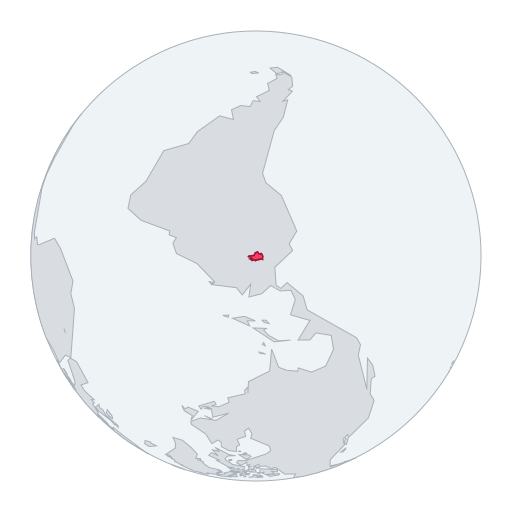 Guaviare on an orthographic globe, rotated 189°
{"feature_id": "COL-1423", "entity_name": "Guaviare", "entity_type": "Commissiary", "adm_level": 1, "iso_a3": "COL", "parent_name": "Colombia", "parent_adm1": "", "projection": "orthographic", "projection_center": [-71.908, 1.785], "detail": "fine", "context": "on_globe", "style": "filled", "palette": "rose", "viewbox_px": 512, "rotation_deg": 189, "n_neighbors": 0, "source": "natural_earth", "source_scale": "10m", "svg_char_len": 9683}
<svg xmlns="http://www.w3.org/2000/svg" viewBox="0 0 512 512"><g transform="rotate(189 256 256)"><circle cx="256" cy="256" r="225" fill="#eef3f6" stroke="#a8b0b8"/><path d="M125.6,72.3L135.5,66.2L140.1,63.5L138.9,63.7L143.3,61.0L145.1,59.9L151.2,56.6L156.4,54.1L160.1,52.3L159.0,52.7L160.1,52.1L164.1,50.3L164.8,50.1L172.6,46.7L173.6,46.3L184.3,42.9L182.7,47.0L193.4,45.1L203.9,50.3L207.5,48.3L213.7,50.1L220.2,48.7L220.3,50.8L225.4,48.0L224.1,46.5L225.9,44.9L229.6,44.2L230.4,46.4L228.6,47.1L230.8,47.4L229.6,49.0L232.3,47.8L232.8,51.0L237.8,46.9L242.7,48.8L241.6,51.3L234.5,52.1L214.4,62.4L211.0,66.4L213.4,70.5L232.8,75.2L232.1,79.6L236.3,84.8L240.0,81.4L238.0,76.3L246.0,72.0L242.6,67.0L245.3,64.8L244.7,59.8L252.5,59.6L260.4,62.3L261.3,66.7L264.8,68.3L270.2,63.8L277.9,72.4L293.5,79.6L294.6,82.3L285.6,87.3L269.8,87.4L258.2,96.6L273.5,90.0L276.2,98.2L279.9,99.6L284.3,99.1L286.3,96.0L288.9,99.0L274.6,105.9L272.1,103.3L276.6,100.9L269.2,101.3L259.6,107.3L261.7,111.6L245.0,118.2L246.3,121.6L243.4,125.4L242.5,119.3L243.8,130.8L224.5,144.5L226.0,166.4L216.1,149.6L207.4,147.9L196.8,148.7L196.8,152.1L182.9,150.0L170.0,158.1L164.8,175.9L169.3,189.4L184.8,189.4L189.7,181.5L201.3,179.6L192.6,200.8L212.7,203.3L210.4,219.4L216.2,227.6L226.4,225.3L236.9,229.1L244.4,219.6L256.6,214.4L256.8,227.4L263.5,215.4L270.3,221.6L294.5,220.9L292.7,223.9L313.1,239.3L335.0,246.0L340.1,255.7L337.5,261.7L345.1,263.4L345.2,267.3L375.0,273.2L389.9,283.0L389.2,296.8L376.3,312.6L363.5,345.7L340.0,356.6L333.3,369.7L313.8,388.7L299.6,387.3L303.0,396.6L294.6,402.2L285.2,402.6L283.1,409.0L276.1,409.2L280.4,413.4L268.7,421.6L271.5,428.3L262.9,434.8L265.0,438.6L261.9,438.4L258.5,439.8L258.1,441.9L248.7,438.4L246.4,429.7L250.0,425.3L245.9,424.5L253.6,413.0L249.1,415.3L250.7,397.6L257.6,382.6L262.5,338.7L257.7,329.9L240.4,319.7L219.6,287.0L225.2,273.4L220.7,267.1L235.6,247.9L231.6,230.3L226.4,227.9L221.1,234.6L203.2,223.9L197.1,210.8L143.9,191.0L138.9,184.7L139.5,174.2L125.7,141.7L129.9,172.5L123.7,166.6L119.6,155.8L123.0,152.9L121.6,137.3L116.7,131.9L119.7,113.6L136.4,91.0L137.4,94.1L141.3,89.0L140.3,85.1L138.7,83.9L150.8,66.5L150.0,60.2L142.3,63.3L149.9,59.2L130.2,69.6L125.3,72.5L125.6,72.3ZM44.1,183.7L45.8,178.7L45.3,181.6L44.1,183.7ZM46.6,175.9L46.1,177.5L46.4,176.2L46.6,175.9ZM46.7,175.0L46.6,175.6L46.7,175.0ZM46.6,174.6L46.6,174.8L46.6,174.6ZM224.6,174.0L247.6,184.5L234.4,186.1L236.9,184.0L231.2,179.6L220.3,175.7L208.7,178.4L224.6,174.0ZM47.1,172.4L47.4,171.7L47.6,171.2L47.1,172.4ZM235.2,161.5L231.2,160.7L235.2,160.6L235.2,161.5ZM137.3,84.0L139.8,85.4L139.0,90.2L136.4,89.2L137.3,84.0ZM139.4,76.2L141.8,75.6L137.3,80.3L137.3,79.1L139.4,76.2ZM135.8,66.7L137.0,66.5L134.3,67.7L135.8,66.7ZM240.5,60.4L242.5,60.1L241.6,61.2L240.5,60.4ZM238.2,58.7L235.6,60.1L234.2,59.5L235.8,58.7L238.2,58.7ZM241.8,57.2L232.0,58.4L229.5,57.4L233.6,53.5L241.8,57.2ZM222.1,46.4L223.7,47.9L218.9,47.4L222.1,46.4ZM218.6,46.5L201.5,48.4L201.0,46.1L206.8,45.7L203.5,43.9L211.7,41.8L215.3,42.3L214.0,44.1L218.2,42.0L218.6,46.5ZM226.3,44.3L222.8,44.6L222.2,42.6L228.9,41.6L227.0,42.5L226.3,44.3ZM198.6,44.7L199.3,43.3L206.1,41.1L207.3,40.4L211.8,41.6L198.6,44.7ZM229.0,42.6L232.3,41.2L236.0,41.6L229.6,43.8L229.0,42.6ZM219.2,42.7L219.2,41.8L221.4,41.9L219.2,42.7ZM251.0,42.9L246.9,43.0L246.2,41.8L251.0,42.9ZM233.3,40.6L232.1,40.5L231.3,40.2L234.2,39.5L233.3,40.6ZM216.3,40.2L219.0,39.7L214.8,39.5L219.7,38.3L221.9,39.4L223.0,38.4L224.5,38.1L224.6,39.5L216.3,40.2ZM235.0,37.9L239.4,39.6L247.1,39.5L247.9,40.4L235.4,40.4L235.0,37.9ZM228.9,38.6L232.8,38.3L231.9,39.3L228.5,40.2L228.9,38.6ZM222.3,37.1L214.2,38.7L222.3,37.1ZM237.4,37.6L236.3,37.2L238.1,37.4L237.4,37.6ZM227.2,36.9L224.3,37.4L224.2,37.1L227.2,36.9ZM236.4,36.3L237.9,36.7L235.7,37.2L236.4,36.3ZM232.4,36.4L232.9,35.8L234.0,37.1L231.1,36.6L232.4,36.4ZM227.5,36.5L226.5,36.5L228.7,36.4L227.5,36.5ZM244.0,34.4L246.0,36.0L241.1,36.9L239.8,35.2L244.0,34.4ZM264.3,445.8L249.5,439.7L257.8,442.5L263.8,439.2L271.5,443.8L264.3,445.8ZM281.9,437.3L288.7,435.5L290.3,436.6L285.9,438.1L281.9,437.3ZM428.4,111.0L427.9,110.4L424.1,106.0L412.6,95.2L417.1,99.8L428.1,110.7L427.4,110.0L433.4,117.6L428.3,111.4L415.0,99.4L415.0,103.5L425.5,123.5L423.3,126.1L416.6,123.4L402.1,104.7L408.7,101.2L403.7,95.6L393.2,88.7L396.1,88.5L392.7,85.6L394.3,84.5L387.6,76.9L387.9,75.7L376.6,67.6L375.2,66.1L382.3,71.1L387.4,74.3L387.0,72.7L385.4,71.6L400.9,83.5L415.3,96.7L428.4,111.0ZM363.1,57.8L357.4,54.8L357.2,54.7L363.1,57.8ZM350.8,51.6L359.2,55.8L364.0,58.5L368.4,60.8L381.5,69.2L383.5,71.1L369.4,62.5L370.7,64.6L359.1,58.0L333.7,44.6L330.9,43.5L350.8,51.6ZM451.1,368.6L456.3,358.9L470.4,321.4L475.7,303.5L478.0,290.1L478.3,261.5L478.6,244.9L477.4,238.4L475.6,240.7L473.5,233.1L471.9,233.3L457.8,242.0L450.1,232.6L432.9,202.7L433.0,189.8L427.1,175.8L423.0,126.7L428.8,128.3L433.1,120.2L434.8,121.5L441.5,131.6L450.5,142.4L450.4,142.2L457.9,156.1L464.4,170.5L469.9,185.4L474.3,200.5L477.7,216.0L480.0,231.6L481.1,247.4L481.2,263.2L480.1,279.0L477.9,294.6L474.7,310.1L470.4,325.3L465.0,340.2L458.6,354.6L451.1,368.6ZM432.2,150.1L434.2,154.2L434.2,154.3L432.2,150.1ZM295.3,220.7L298.2,223.3L294.4,223.4L295.3,220.7ZM232.5,191.3L237.4,191.6L240.0,193.5L236.2,194.2L232.5,191.3ZM273.9,191.1L279.5,192.2L273.6,193.3L273.9,191.1ZM251.3,185.9L269.4,190.8L257.9,194.6L246.5,191.8L254.4,190.6L251.3,185.9ZM232.8,168.7L235.9,169.6L234.9,171.8L232.8,168.7ZM238.1,161.5L236.9,161.7L235.4,159.9L238.1,161.5ZM277.0,97.8L278.2,97.3L282.7,97.6L280.6,98.9L277.0,97.8ZM302.4,91.7L305.9,96.8L302.0,93.8L299.7,96.2L288.7,93.5L294.6,83.6L293.9,88.4L302.4,91.7ZM275.5,88.1L281.9,90.3L274.7,88.3L275.5,88.1ZM372.1,73.0L375.6,74.2L379.3,77.5L378.9,81.0L373.5,76.0L372.1,73.0ZM379.6,75.3L365.7,66.9L365.4,65.0L367.9,67.4L369.1,67.0L373.5,70.8L386.8,78.0L391.0,81.6L388.0,84.9L386.7,81.6L383.4,80.3L379.6,75.3ZM330.7,54.9L324.7,52.9L331.8,51.1L336.6,53.3L336.6,56.4L330.8,55.7L330.7,54.9ZM251.0,50.7L248.2,51.3L248.0,50.5L250.2,49.4L251.0,50.7ZM249.1,43.0L262.9,48.0L260.4,48.7L271.5,51.7L269.2,54.9L262.2,52.7L268.7,57.8L261.4,57.2L266.6,60.6L251.1,55.5L244.8,55.6L252.6,54.1L254.9,51.0L253.9,49.7L246.6,46.5L234.2,46.1L234.4,43.6L237.9,42.0L240.9,41.7L239.8,43.3L244.6,41.8L245.3,43.9L249.1,43.0ZM278.2,33.2L275.7,33.6L285.4,34.0L286.2,34.9L287.3,34.9L290.7,36.0L296.7,37.6L296.0,38.0L298.7,38.5L301.0,39.5L304.4,40.4L304.3,41.7L308.5,43.0L306.1,42.9L313.3,45.0L307.9,44.1L310.4,45.8L314.3,45.8L305.7,53.6L306.3,58.8L309.6,63.9L300.0,62.5L290.7,57.2L282.9,51.0L283.8,46.8L279.2,47.3L278.3,45.5L282.3,45.8L275.6,44.4L275.9,43.2L269.0,39.7L259.2,39.1L256.4,38.2L260.4,37.8L254.9,37.2L260.5,36.0L258.6,35.4L262.3,34.0L271.0,34.1L268.3,33.5L270.9,32.8L278.2,33.2ZM245.3,34.0L255.6,33.2L261.0,33.6L252.4,36.0L253.3,36.7L247.9,39.0L240.1,38.6L242.3,37.9L242.7,37.2L245.0,37.6L243.4,36.8L246.5,36.0L246.1,35.2L249.6,35.1L245.3,34.0ZM432.4,117.5L432.9,117.7L432.8,116.9L436.6,122.0L432.4,117.5ZM423.6,109.3L423.4,108.5L428.8,114.6L428.2,114.7L423.6,109.3ZM418.8,103.2L423.0,108.0L420.4,105.4L418.8,103.2ZM381.7,70.3L381.0,69.5L382.7,70.6L385.1,72.4L381.7,70.3ZM307.4,36.8L305.1,36.4L303.8,36.1L296.1,34.7L294.9,34.2L299.1,34.9L307.4,36.8ZM304.8,36.1L301.8,35.5L303.1,35.7L304.8,36.1ZM293.7,33.9L294.4,34.0L293.9,34.1L293.7,33.9Z" fill="#d9dde1" stroke="#a8b0b8" stroke-width="1"/><path d="M251.4,259.4L251.2,259.3L251.0,259.2L250.9,259.0L250.7,259.0L250.6,258.8L250.2,258.5L250.0,258.3L250.0,258.2L250.0,257.9L249.9,257.8L249.8,257.6L249.6,257.4L249.1,256.8L249.1,256.7L249.1,254.7L249.1,254.2L249.2,253.9L249.3,253.8L249.2,253.7L249.3,253.7L249.5,253.7L249.7,253.8L249.8,253.7L249.9,253.8L250.0,253.6L250.0,253.8L250.3,253.8L250.5,253.8L250.8,253.8L250.8,253.7L250.7,253.7L250.9,253.6L251.0,253.6L251.3,253.6L251.5,253.5L251.8,253.4L252.0,253.3L252.0,253.2L251.9,253.2L252.0,253.1L252.4,252.8L252.5,252.8L252.7,253.0L252.8,252.9L253.0,252.7L253.1,252.8L253.2,252.7L253.3,252.7L253.3,252.8L253.4,252.7L253.5,252.6L253.8,252.4L254.0,252.4L254.3,252.2L254.4,252.3L254.5,252.2L254.6,252.3L254.7,252.2L254.8,252.1L254.9,251.9L255.1,251.8L255.2,251.7L255.2,251.8L255.3,251.9L255.6,251.9L255.6,252.0L255.8,252.0L256.3,251.9L256.5,251.8L256.6,251.7L256.8,251.8L257.0,251.8L257.3,251.9L257.5,251.8L257.8,251.8L257.8,251.7L258.0,251.8L258.1,251.7L258.3,251.8L258.3,251.7L258.5,251.7L258.5,251.8L258.8,251.8L258.9,251.7L259.0,251.7L259.1,251.8L259.1,251.7L259.2,251.8L259.4,251.7L259.5,251.8L259.6,252.0L259.7,251.9L259.7,251.7L259.8,251.8L260.0,251.8L260.3,252.0L260.5,252.0L260.5,251.9L260.6,252.0L260.8,251.9L260.8,251.7L260.8,251.8L261.0,251.9L261.5,252.1L260.0,252.7L259.9,252.8L260.0,252.8L260.4,253.0L260.5,253.0L260.8,253.4L261.0,253.7L261.0,253.9L261.2,254.0L261.5,254.0L261.8,254.1L262.1,254.2L262.3,254.3L262.3,254.2L262.5,254.1L262.9,254.1L263.0,254.1L263.3,254.0L263.5,254.3L263.4,254.4L263.4,254.5L263.2,254.6L263.1,254.8L262.9,254.9L262.8,255.0L262.7,255.0L262.3,255.1L262.2,255.1L261.9,255.2L261.7,255.2L261.6,255.3L261.4,255.4L261.0,255.5L260.9,255.5L260.7,255.5L260.4,255.5L260.0,255.5L259.9,255.5L259.7,255.7L259.6,255.8L259.3,255.9L258.9,256.1L258.8,256.3L258.7,256.3L258.4,256.4L258.2,256.3L258.1,256.2L258.0,256.5L257.9,256.9L257.8,257.1L257.7,257.3L257.6,257.6L257.4,258.0L257.5,258.5L257.4,258.5L257.4,258.4L257.4,258.5L257.3,258.8L257.2,258.9L257.1,259.0L256.9,259.2L256.7,259.1L256.5,259.3L256.4,259.5L256.2,259.6L255.5,260.4L255.3,260.4L255.3,260.2L255.2,260.2L254.7,260.1L254.6,259.9L254.4,259.8L254.4,259.7L254.2,259.4L254.0,259.2L254.0,258.9L253.8,258.8L253.7,258.7L253.2,258.5L253.1,258.4L252.9,258.3L252.7,258.3L252.6,258.5L252.6,258.4L252.4,258.3L252.2,258.5L252.2,258.8L251.9,259.0L251.7,259.2L251.7,259.3L251.4,259.4Z" fill="#f43f5e" stroke="#9f1239" stroke-width="1.5"/></g></svg>